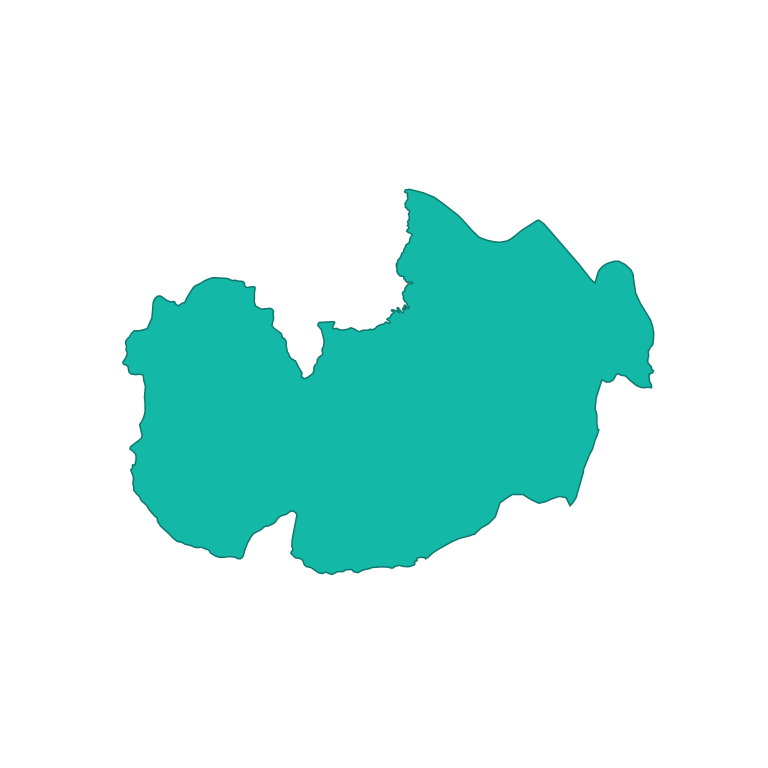 the district of Paksxong, Champasak, Laos, rotated 140°
{"feature_id": "54806243B99884801714166", "entity_name": "Paksxong", "entity_type": "district", "adm_level": 2, "iso_a3": "LAO", "parent_name": "Laos", "parent_adm1": "Champasak", "projection": "orthographic", "projection_center": [106.383, 15.076], "detail": "fine", "context": "isolated", "style": "filled", "palette": "teal", "viewbox_px": 768, "rotation_deg": 140, "n_neighbors": 0, "source": "geoboundaries", "source_scale": "gbopen_adm2", "svg_char_len": 6171}
<svg xmlns="http://www.w3.org/2000/svg" viewBox="0 0 768 768"><g transform="rotate(140 384 384)"><path d="M157.7,350.8L158.5,403.2L159.8,409.4L160.5,410.2L161.6,410.8L178.8,413.1L193.1,413.5L197.7,414.4L204.2,418.1L208.4,422.3L212.9,428.2L216.8,435.1L217.8,444.5L218.3,459.0L218.8,465.3L223.0,485.0L225.6,494.9L231.0,505.2L239.2,516.6L242.8,518.9L244.7,518.1L244.7,517.4L243.5,515.2L243.7,514.3L245.3,513.2L245.7,511.5L247.9,509.8L249.7,509.6L250.9,508.7L251.9,508.9L252.6,507.3L253.9,506.0L254.1,505.1L253.4,504.2L253.9,502.3L253.0,500.3L253.4,499.5L255.5,498.9L257.8,495.0L259.1,493.9L261.6,493.2L262.7,490.7L264.3,490.3L264.1,488.5L264.5,487.4L266.2,487.3L268.3,486.6L268.1,484.7L266.2,480.8L266.7,480.1L270.7,478.7L273.5,476.3L278.3,476.3L279.9,474.8L280.8,474.9L282.6,474.0L283.9,472.8L286.5,472.5L290.0,470.5L293.8,469.9L294.9,468.9L297.6,467.8L297.3,466.6L298.5,466.7L299.8,464.8L299.7,464.0L301.7,462.1L302.5,459.4L302.2,456.4L301.6,455.5L300.2,454.5L299.9,453.7L301.2,451.8L300.5,450.7L301.1,449.6L301.0,447.2L300.5,446.4L298.2,445.5L297.4,444.3L297.3,442.9L301.3,444.9L305.3,444.2L306.8,443.4L308.1,442.0L309.2,442.4L311.1,442.0L311.9,441.2L312.7,438.6L314.2,437.2L315.0,433.9L314.6,431.1L315.5,429.3L315.3,426.9L316.2,426.0L316.8,426.0L317.2,426.7L317.1,430.1L317.2,431.0L317.6,431.2L318.6,430.8L318.5,428.6L319.3,427.1L320.0,427.1L320.1,429.9L320.6,430.0L321.6,429.2L322.2,427.4L323.4,426.3L323.9,426.4L324.3,426.9L324.1,433.1L324.5,433.8L325.5,433.3L326.4,429.2L328.0,433.0L330.0,435.7L330.8,435.7L331.2,435.2L330.0,432.8L330.2,432.5L334.0,432.3L336.5,431.1L337.4,431.1L339.1,431.9L340.2,431.6L339.5,427.8L339.8,426.9L340.4,426.8L341.0,427.1L342.9,430.4L345.5,430.0L347.2,431.1L350.7,432.3L352.8,432.6L354.9,432.2L358.2,433.0L359.1,434.7L362.7,436.2L365.0,438.4L369.1,439.9L370.4,441.7L371.5,445.5L373.0,448.0L373.7,448.6L376.3,449.1L381.5,452.2L383.6,455.0L384.6,457.2L387.1,458.6L387.3,459.1L386.5,460.7L382.3,462.7L382.1,463.4L382.5,464.1L393.9,472.7L395.6,472.6L397.0,471.4L397.1,465.5L402.0,455.8L405.6,452.0L408.8,450.6L409.9,449.6L411.4,446.6L413.2,446.0L416.4,446.3L419.4,445.5L422.1,442.9L425.1,442.7L427.1,441.6L428.6,439.9L431.6,437.8L438.2,438.1L441.1,439.1L441.9,439.7L442.4,442.8L439.8,445.1L439.4,446.4L438.8,451.0L437.0,458.6L438.8,463.2L438.6,465.7L437.6,468.8L437.4,470.7L434.1,476.5L432.0,478.9L431.4,480.4L431.1,483.0L432.2,484.8L430.4,488.1L430.4,489.4L432.4,497.2L432.3,500.9L426.4,505.2L424.2,508.4L421.8,510.9L421.5,512.8L422.5,515.1L430.0,520.3L432.3,526.5L430.0,531.4L428.9,532.1L424.6,537.2L421.2,540.2L420.8,540.7L420.9,541.8L421.8,542.8L426.6,545.7L427.5,547.0L427.7,548.2L427.4,549.1L426.0,551.1L426.2,553.0L426.6,553.7L429.8,556.8L431.0,558.9L433.1,560.2L434.3,561.7L436.1,565.5L446.3,575.1L449.8,576.8L454.6,578.3L460.6,579.2L464.3,580.3L467.5,580.6L472.5,579.2L480.0,576.6L484.3,574.5L484.9,574.5L486.2,575.6L490.8,576.0L491.6,576.8L492.2,578.8L491.6,581.8L492.7,582.9L494.9,584.2L496.9,588.3L498.2,593.8L498.9,595.3L501.1,596.9L504.9,596.7L508.3,594.9L519.2,583.9L529.0,579.0L530.6,578.9L536.4,581.6L541.4,585.4L545.1,585.0L548.8,583.7L551.0,583.7L554.0,582.9L555.6,581.6L557.5,577.7L559.8,575.9L560.5,573.0L561.2,572.2L564.7,570.1L569.4,568.9L570.2,568.3L570.8,566.5L569.3,564.2L568.9,562.0L571.7,557.0L571.4,554.4L568.5,551.1L564.3,548.0L563.0,545.8L563.4,544.6L565.8,541.0L568.2,535.6L576.1,527.7L578.9,523.5L584.2,517.0L586.0,515.4L589.9,512.7L593.8,510.9L596.7,510.2L597.6,509.4L602.6,499.7L605.2,498.3L618.3,498.9L619.9,497.9L620.4,497.1L619.6,494.1L619.3,490.4L620.0,488.5L623.4,484.6L625.0,483.6L626.4,482.2L627.0,482.2L628.4,483.6L629.6,482.8L630.5,481.4L631.3,481.0L633.1,481.1L635.6,474.4L636.7,472.6L640.6,468.8L641.6,466.5L643.9,463.6L644.2,459.6L643.7,454.9L644.9,450.5L643.8,443.6L644.7,438.3L644.7,435.0L644.5,430.0L643.8,427.2L645.5,424.8L646.0,423.4L646.5,418.4L645.0,407.5L644.8,402.9L643.7,396.9L643.2,395.7L640.7,392.8L639.3,389.0L636.2,385.0L633.8,380.4L631.4,378.0L628.7,376.6L628.0,374.5L625.1,369.8L625.0,369.0L625.5,366.1L623.7,360.5L621.5,357.1L619.2,355.0L613.4,351.2L609.5,347.2L608.3,344.3L606.6,342.6L604.9,342.2L602.3,342.8L596.3,347.0L590.3,350.1L584.2,352.4L579.9,353.3L572.5,351.6L566.8,351.5L563.8,349.6L558.4,348.1L555.4,348.2L551.8,349.3L548.2,349.4L542.7,347.0L537.2,346.6L535.7,345.5L535.0,344.4L534.5,343.1L534.6,340.5L535.2,339.4L554.2,324.0L559.0,318.8L560.2,315.6L562.5,315.2L564.2,314.2L563.7,307.9L560.7,304.5L559.8,302.3L559.7,300.9L561.2,296.8L561.0,294.3L557.9,290.2L555.4,281.2L553.1,278.5L549.7,277.3L549.1,276.7L548.0,274.2L546.2,271.5L540.2,270.0L535.6,266.4L533.6,266.4L531.6,265.4L528.1,262.8L527.9,259.8L525.3,256.3L520.6,255.2L517.1,253.8L513.9,251.9L511.1,251.1L503.7,245.7L498.4,241.0L497.0,238.6L495.6,237.4L492.4,237.1L489.0,235.4L486.6,232.0L483.1,228.6L481.2,227.5L476.9,225.9L475.8,226.6L474.8,228.0L474.3,228.2L472.7,227.5L472.0,227.5L471.3,229.2L470.1,229.3L466.4,227.0L465.5,225.8L464.5,225.3L464.5,223.3L463.5,223.6L462.1,222.8L455.7,223.3L449.3,222.6L433.1,219.5L425.0,217.1L415.6,212.5L412.6,211.6L411.4,210.7L402.4,211.3L393.7,209.8L384.1,210.7L371.6,218.4L363.4,217.8L356.7,216.8L348.6,210.0L345.8,201.3L342.0,193.1L336.2,190.1L329.5,188.2L321.9,185.2L317.6,179.9L319.7,171.1L315.4,171.7L310.0,173.4L287.5,188.6L286.9,189.7L284.8,191.0L272.2,197.7L266.0,200.2L258.4,205.3L254.4,207.3L248.9,210.7L249.2,212.0L248.8,212.9L246.5,216.7L241.4,222.8L239.3,226.2L238.7,228.7L237.8,229.8L230.2,237.1L214.6,247.0L213.4,245.2L212.6,242.6L209.4,240.3L206.7,239.8L204.8,240.0L199.6,242.1L198.0,241.2L197.0,238.7L193.7,234.7L193.2,228.8L192.3,223.9L191.4,220.2L190.5,218.3L189.0,215.7L186.6,213.6L183.9,211.9L181.5,209.2L179.7,211.3L178.8,215.7L177.5,217.2L176.3,219.7L175.6,219.7L174.7,221.1L174.0,220.6L172.6,220.7L171.2,219.9L169.1,220.8L169.5,223.2L168.0,225.5L168.4,227.8L168.0,230.9L167.3,232.0L165.5,233.8L163.5,235.1L160.5,239.3L158.4,239.9L156.7,240.8L153.3,241.2L151.0,242.9L144.7,249.5L141.1,255.8L138.7,261.8L135.7,281.4L132.7,292.1L122.3,308.9L121.5,312.9L122.4,320.3L125.3,327.2L128.9,330.1L134.9,332.6L137.3,333.2L141.3,333.6L146.2,332.8L147.8,332.2L157.6,325.6L158.3,331.8L157.7,350.8Z" fill="#14b8a6" stroke="#0f766e" stroke-width="1.5"/></g></svg>